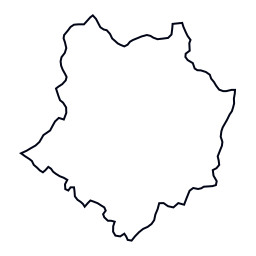 Monte Azul Paulista, São Paulo, Brazil (Albers equal-area conic projection)
{"feature_id": "56859067B11671579354864", "entity_name": "Monte Azul Paulista", "entity_type": "district", "adm_level": 2, "iso_a3": "BRA", "parent_name": "Brazil", "parent_adm1": "São Paulo", "projection": "albers", "projection_center": [-48.686, -20.912], "detail": "fine", "context": "isolated", "style": "outline", "palette": "ink", "viewbox_px": 256, "rotation_deg": 0, "n_neighbors": 0, "source": "geoboundaries", "source_scale": "gbopen_adm2", "svg_char_len": 2139}
<svg xmlns="http://www.w3.org/2000/svg" viewBox="0 0 256 256"><path d="M183.4,26.8L182.2,22.9L172.6,23.9L172.3,28.0L171.5,34.5L168.1,37.9L162.8,38.6L157.5,39.2L153.4,37.7L150.5,35.9L146.9,35.0L141.4,36.5L137.6,38.1L132.9,40.0L129.9,41.8L127.6,44.7L124.3,46.4L120.4,44.8L117.7,43.4L115.2,41.1L112.2,38.5L110.0,33.9L106.7,30.2L103.7,29.5L100.4,27.3L98.7,24.1L96.0,18.9L92.8,15.4L90.3,17.3L87.1,20.9L84.0,24.3L78.7,24.3L74.0,24.7L70.6,26.9L67.9,30.5L64.1,35.1L63.6,38.3L65.0,42.5L66.3,48.1L64.8,52.9L61.5,57.2L60.6,61.3L61.1,65.6L62.6,69.5L65.1,74.0L66.6,77.0L65.7,80.4L62.2,84.2L58.6,86.5L56.0,88.5L58.3,95.6L60.0,100.2L63.1,102.7L66.1,107.4L66.3,112.9L63.8,119.5L58.8,117.9L55.0,121.5L52.6,125.8L50.1,130.5L43.4,135.1L41.3,138.8L39.4,142.0L35.6,145.5L30.0,148.7L26.5,150.8L21.0,153.3L25.0,156.2L29.5,159.1L31.9,161.0L33.8,164.9L37.0,167.6L39.9,170.5L42.9,172.3L45.3,170.3L48.3,166.9L51.0,168.7L53.1,171.7L55.7,173.7L59.7,176.2L63.8,177.8L67.3,179.9L65.0,184.3L65.3,189.1L68.3,190.5L70.6,187.3L74.0,187.3L74.5,191.2L74.9,196.4L77.5,199.8L80.7,201.9L83.0,204.0L84.7,206.7L87.7,203.2L90.4,200.5L93.3,201.5L97.6,203.2L100.9,205.3L104.3,207.4L105.7,210.6L103.1,214.2L104.3,217.3L107.8,220.7L111.4,220.8L114.7,221.7L113.2,226.2L113.1,231.7L115.4,235.6L120.2,236.4L124.3,233.7L126.2,236.5L127.7,239.9L131.6,240.6L135.1,236.2L139.1,232.1L143.1,228.9L147.6,226.9L151.6,223.9L154.2,220.1L155.4,214.4L157.6,209.2L159.2,203.2L163.6,203.1L168.0,206.2L173.4,207.4L178.3,203.1L184.1,204.7L186.3,198.9L188.3,193.9L189.6,190.7L193.2,188.0L198.1,189.0L201.2,188.3L203.8,186.7L208.5,186.4L212.5,186.1L215.9,185.1L216.7,181.2L213.5,175.6L212.8,170.1L216.5,168.2L219.2,164.9L218.7,160.6L217.7,156.4L220.2,150.0L221.9,145.8L222.4,141.9L220.7,136.7L221.4,131.2L222.7,127.4L227.0,119.9L229.7,114.4L231.9,111.2L233.1,107.4L234.1,103.5L233.9,98.5L234.8,93.4L235.0,89.9L231.4,89.9L226.4,91.1L223.1,91.1L219.2,89.7L216.2,85.8L213.9,81.9L211.2,78.7L209.8,74.7L205.9,72.0L200.9,70.4L197.3,70.2L194.7,68.5L192.8,63.1L187.7,60.1L185.4,57.0L185.7,53.7L189.7,50.7L189.3,43.2L190.5,39.9L187.7,36.1L185.9,32.5L183.4,26.8Z" fill="none" stroke="#020617" stroke-width="2"/></svg>